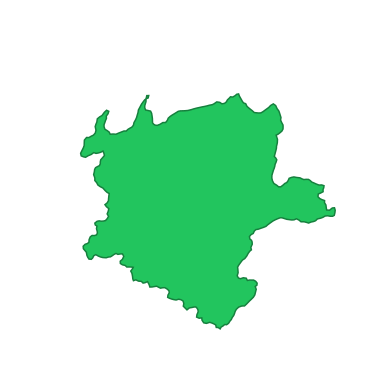 Rio Vermelho, Minas Gerais, Brazil (Robinson projection), rotated 45°
{"feature_id": "56859067B81516280099310", "entity_name": "Rio Vermelho", "entity_type": "district", "adm_level": 2, "iso_a3": "BRA", "parent_name": "Brazil", "parent_adm1": "Minas Gerais", "projection": "robinson", "projection_center": [-43.059, -18.249], "detail": "fine", "context": "isolated", "style": "filled", "palette": "green", "viewbox_px": 384, "rotation_deg": 45, "n_neighbors": 0, "source": "geoboundaries", "source_scale": "gbopen_adm2", "svg_char_len": 5466}
<svg xmlns="http://www.w3.org/2000/svg" viewBox="0 0 384 384"><g transform="rotate(45 192 192)"><path d="M308.7,264.5L308.8,262.6L310.3,261.4L310.7,259.0L310.1,256.4L310.0,254.4L309.2,252.3L308.8,249.8L307.9,247.7L307.0,246.0L306.3,243.6L306.4,240.4L307.8,237.4L309.7,235.4L309.8,232.6L309.7,228.5L309.8,226.0L309.8,223.0L309.2,220.4L307.9,218.2L306.2,215.4L303.5,214.1L303.8,212.0L302.5,210.4L300.1,210.1L297.9,210.7L296.5,212.1L295.1,213.4L293.7,215.4L291.3,214.6L288.9,216.4L287.6,219.0L285.7,220.0L283.2,219.3L281.7,216.5L279.4,214.5L277.3,212.8L276.7,210.4L276.2,207.3L275.8,204.4L276.4,201.8L276.0,198.6L275.1,195.6L274.7,192.8L274.9,190.9L272.8,189.6L271.5,186.3L269.8,184.8L268.2,184.1L266.1,184.3L264.1,182.9L263.9,180.4L264.6,178.0L263.7,175.6L263.7,173.5L265.3,171.2L266.4,168.8L267.5,166.6L268.6,164.0L268.7,161.8L269.1,159.1L269.7,155.4L270.5,152.8L271.4,150.5L272.5,148.0L273.9,146.6L276.2,145.4L278.3,144.3L280.0,143.0L282.0,141.5L283.8,139.6L284.8,137.1L287.5,136.2L290.1,136.0L292.3,133.8L294.3,132.6L296.4,131.5L297.4,129.1L298.9,126.8L299.7,124.9L299.7,122.4L301.5,119.5L302.5,117.3L303.1,114.9L304.7,112.9L306.9,111.4L308.6,109.7L309.1,107.9L307.7,105.6L306.1,103.6L303.9,102.4L302.5,104.1L302.1,107.7L299.9,109.5L297.8,108.0L295.9,106.5L293.3,105.9L291.8,104.3L289.1,105.6L286.9,106.3L284.4,106.3L282.7,104.1L283.7,101.7L284.5,99.1L282.9,97.6L282.2,95.9L280.9,94.2L278.7,95.3L276.9,97.3L274.2,98.5L271.5,99.5L269.6,100.3L267.7,100.3L265.5,100.7L263.8,102.3L262.3,104.1L260.6,104.9L258.4,105.6L255.6,107.8L253.4,109.3L252.0,111.4L251.0,113.6L252.0,116.2L252.3,118.4L251.6,120.3L251.5,122.7L251.1,125.6L249.6,127.1L247.1,127.3L243.9,128.1L241.0,127.2L238.6,125.7L236.7,123.7L235.4,121.3L234.1,118.9L233.3,117.0L232.3,115.2L231.2,113.7L230.4,111.6L229.2,109.3L227.0,108.7L225.1,108.7L224.1,107.0L223.1,105.3L222.0,103.4L220.7,101.3L219.4,99.9L218.4,98.2L217.4,96.7L215.2,94.3L212.8,93.1L211.3,92.3L212.0,90.2L212.3,88.0L212.5,85.4L211.8,83.1L210.3,81.5L209.0,80.3L206.4,79.5L203.8,78.5L202.2,76.4L199.7,75.1L197.8,74.1L196.1,73.3L193.2,72.9L190.0,71.7L187.2,72.2L186.4,75.3L186.5,77.9L186.1,80.5L185.7,83.0L185.4,85.0L184.8,87.3L183.4,88.9L181.6,90.4L179.8,91.8L177.3,91.9L174.7,92.2L172.8,92.4L170.4,92.6L167.5,91.6L165.4,92.6L163.5,92.3L160.7,91.5L157.8,90.7L155.6,89.7L154.5,91.3L154.4,93.3L153.7,96.0L151.9,97.5L152.0,99.8L151.9,101.7L152.6,104.1L152.3,106.4L150.8,108.5L148.2,109.0L145.8,110.8L145.2,114.1L144.6,115.9L142.9,118.4L141.6,120.7L140.2,122.9L138.7,125.1L137.3,127.3L135.9,129.5L134.5,131.9L133.2,134.4L131.5,137.2L130.1,138.9L128.4,140.8L126.4,142.9L125.2,144.7L124.7,147.0L124.1,149.5L123.5,151.9L123.1,154.1L123.0,156.6L123.9,158.8L124.2,161.5L122.3,163.5L121.5,166.8L120.3,169.5L118.6,170.8L116.9,171.2L115.2,171.0L113.8,169.7L112.0,168.0L109.9,166.4L107.8,164.9L105.5,164.1L103.1,165.6L101.2,166.8L99.1,165.9L97.6,164.4L96.7,162.8L95.6,160.7L93.6,158.6L93.4,160.5L93.7,162.6L94.2,165.7L95.3,169.2L96.1,171.9L97.6,173.9L99.0,176.5L100.1,178.4L101.0,180.7L101.9,183.9L103.4,186.3L103.6,188.8L102.9,191.0L102.4,193.1L102.4,195.4L100.8,196.9L99.7,199.4L98.5,202.1L97.4,204.9L95.2,206.8L93.3,209.0L91.0,208.2L88.5,208.6L86.0,209.2L83.6,208.0L82.2,206.6L81.3,204.6L80.2,202.4L79.5,200.5L77.7,198.9L77.3,196.1L76.1,193.8L73.8,194.6L73.7,197.6L74.0,199.6L74.3,201.6L73.6,204.1L73.3,207.2L75.3,209.9L76.2,212.1L77.3,214.2L79.0,215.3L80.4,216.2L81.9,218.7L82.1,221.5L81.3,223.7L80.6,226.4L78.9,228.0L79.2,231.4L81.2,233.6L82.9,235.4L84.0,237.8L84.9,240.5L85.9,243.4L88.1,244.8L90.3,243.9L92.2,242.7L92.9,239.8L94.2,236.7L94.7,233.6L96.8,232.6L98.0,230.9L99.3,228.6L100.1,226.0L102.5,227.0L104.3,228.2L104.5,230.9L104.7,233.8L105.9,235.6L107.2,236.9L107.9,238.8L107.1,241.2L106.6,243.0L107.2,244.9L108.8,247.0L110.2,249.3L111.8,250.0L113.4,250.8L115.2,252.6L118.0,252.8L120.5,253.6L123.4,253.1L126.1,252.2L129.6,252.4L132.3,252.3L134.5,251.6L136.0,253.6L137.6,255.6L139.1,257.3L139.7,259.8L139.4,262.5L141.9,262.9L144.9,262.6L146.4,264.9L147.5,267.5L150.2,268.2L150.9,270.8L151.0,273.4L149.9,275.2L148.5,276.8L146.8,278.0L145.6,279.8L145.3,282.7L146.9,283.7L148.9,283.3L150.4,285.5L152.6,286.7L154.2,288.0L154.8,289.9L153.8,291.8L152.1,293.4L151.8,295.7L152.9,298.4L154.7,300.5L154.4,302.6L153.4,304.5L153.4,307.3L155.3,308.9L157.6,309.1L159.9,309.3L162.5,311.1L164.3,311.8L166.6,312.3L168.4,310.8L168.4,308.9L167.6,306.5L168.3,304.3L170.9,303.6L173.1,302.7L175.3,301.4L177.8,299.2L179.0,296.9L180.2,295.5L180.7,293.3L181.0,291.3L181.7,289.2L183.7,288.5L185.1,286.5L186.6,284.9L189.3,285.8L190.4,288.9L190.2,291.7L191.9,293.2L194.2,292.7L196.7,291.2L199.0,291.1L200.4,289.6L202.0,288.1L203.7,286.8L204.3,288.9L204.6,291.2L207.1,292.0L209.6,293.7L211.6,295.3L213.3,296.1L214.4,293.8L217.1,292.9L219.4,291.0L221.8,291.0L222.9,289.4L223.9,286.8L227.2,287.8L229.4,289.0L230.9,287.4L232.1,285.7L233.6,283.6L235.9,282.9L237.7,282.3L239.0,280.4L240.5,278.8L243.0,278.2L245.5,278.1L247.2,279.4L247.9,281.9L249.3,283.7L251.2,283.1L253.3,282.1L255.3,280.9L257.1,279.6L258.4,277.2L260.5,275.9L262.8,275.4L265.1,276.7L266.6,278.9L269.0,278.9L271.8,278.9L272.1,275.8L273.7,273.6L274.7,272.0L275.9,270.6L277.8,270.6L279.5,271.1L281.1,272.4L282.2,275.2L283.7,277.2L286.3,276.2L287.9,274.1L289.8,275.6L292.8,276.2L295.1,274.7L296.7,271.6L298.9,270.5L300.7,269.8L302.8,269.2L304.9,270.6L306.4,269.3L308.7,268.9L308.1,266.9L308.7,264.5ZM93.6,158.6L94.5,156.5L93.2,154.4L91.9,155.8L93.6,158.6Z" fill="#22c55e" stroke="#15803d" stroke-width="1.5"/></g></svg>